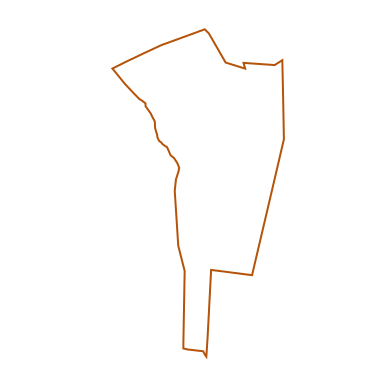 outline of São Braz do Piauí, Piauí, Brazil, rotated 184°
{"feature_id": "56859067B60100014929673", "entity_name": "São Braz do Piauí", "entity_type": "district", "adm_level": 2, "iso_a3": "BRA", "parent_name": "Brazil", "parent_adm1": "Piauí", "projection": "natural_earth1", "projection_center": [-42.969, -8.916], "detail": "fine", "context": "isolated", "style": "outline", "palette": "amber", "viewbox_px": 384, "rotation_deg": 184, "n_neighbors": 0, "source": "geoboundaries", "source_scale": "gbopen_adm2", "svg_char_len": 855}
<svg xmlns="http://www.w3.org/2000/svg" viewBox="0 0 384 384"><g transform="rotate(184 192 192)"><path d="M190.6,355.2L210.5,346.3L227.8,338.6L232.6,336.5L249.8,327.0L266.4,317.6L280.0,309.6L266.2,294.9L257.0,286.4L250.9,281.0L248.3,279.7L244.6,277.2L244.3,274.3L238.7,267.5L236.1,263.0L234.1,260.0L233.7,257.1L233.3,253.2L230.9,246.9L230.1,243.6L228.3,240.6L226.4,239.5L224.8,237.8L222.6,236.3L220.0,235.0L215.9,227.1L212.3,224.6L208.7,219.9L206.5,215.3L206.9,211.4L208.9,203.4L209.3,191.9L204.6,157.1L202.0,137.6L193.8,112.6L190.1,41.3L189.7,35.3L185.1,34.6L169.7,33.9L167.9,30.8L166.2,28.8L166.3,47.9L167.5,115.6L126.3,113.2L112.0,201.3L104.0,251.0L107.8,293.8L108.8,304.8L111.1,329.8L118.4,324.4L138.7,324.4L149.6,324.4L147.6,318.8L167.5,323.5L174.1,333.3L182.8,346.3L186.4,351.5L190.6,355.2Z" fill="none" stroke="#b45309" stroke-width="2"/></g></svg>